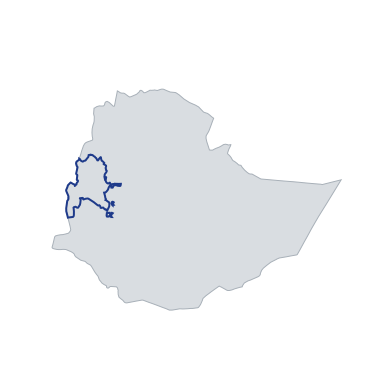 where Benshangul-Gumaz sits in Ethiopia, rotated 348°
{"feature_id": "ETH-3132", "entity_name": "Benshangul-Gumaz", "entity_type": "Administrative State", "adm_level": 1, "iso_a3": "ETH", "parent_name": "Ethiopia", "parent_adm1": "", "projection": "orthographic", "projection_center": [35.827, 10.412], "detail": "fine", "context": "in_parent", "style": "outline", "palette": "blue", "viewbox_px": 384, "rotation_deg": 348, "n_neighbors": 0, "source": "natural_earth", "source_scale": "10m", "svg_char_len": 8128}
<svg xmlns="http://www.w3.org/2000/svg" viewBox="0 0 384 384"><g transform="rotate(348 192 192)"><path d="M88.8,266.0L88.4,265.6L86.7,264.2L85.0,262.4L84.0,260.3L83.1,258.6L82.6,254.9L81.4,252.6L80.2,249.8L78.4,244.4L77.6,242.5L76.2,241.3L74.7,240.1L73.1,237.7L69.0,235.6L67.5,234.0L64.7,231.1L64.1,229.7L63.9,228.2L63.0,226.9L61.5,225.4L56.8,222.1L55.5,221.7L53.9,221.3L51.4,221.0L48.1,220.2L45.2,218.9L43.9,218.0L43.6,217.4L43.9,216.4L44.9,214.6L46.9,210.4L48.3,207.4L49.3,206.6L51.8,206.4L54.5,206.5L56.5,206.8L59.3,206.8L62.6,206.6L64.0,205.6L65.0,204.6L65.5,203.8L65.6,201.9L65.6,200.4L65.4,194.6L65.3,191.0L65.2,186.9L65.2,186.1L65.3,185.1L66.1,180.7L66.9,178.2L67.4,176.9L69.5,172.8L69.9,171.5L70.0,170.2L69.2,164.7L70.6,162.0L72.4,159.5L73.9,158.4L75.1,157.6L75.7,157.9L77.2,159.1L79.1,160.3L80.0,160.1L81.3,159.0L82.2,157.9L82.1,156.0L83.0,152.0L82.8,149.6L83.8,146.8L84.8,142.7L85.3,140.2L85.9,138.8L88.6,136.0L91.0,132.0L92.5,129.1L95.4,124.3L96.9,122.6L98.1,121.8L99.8,121.3L103.1,120.9L105.5,120.5L105.8,119.9L106.0,118.9L106.0,116.8L106.5,113.1L107.5,109.5L108.7,106.8L109.3,105.6L110.1,104.4L111.0,102.4L112.1,98.0L112.0,95.1L113.6,89.7L113.9,89.7L116.6,88.7L119.2,88.5L121.7,89.2L123.3,89.4L124.1,89.0L124.8,88.1L125.4,86.7L126.4,85.9L127.8,85.7L129.7,87.3L132.8,91.7L133.5,91.9L134.0,91.8L135.5,88.3L136.6,85.6L138.8,80.5L140.0,77.6L141.1,78.5L142.3,79.9L143.6,80.6L145.0,81.0L145.7,81.1L146.6,81.7L149.7,85.2L150.7,86.1L152.1,86.1L158.1,84.9L161.7,82.8L162.2,81.9L163.2,81.9L164.4,82.9L164.9,83.7L165.6,84.9L167.0,85.1L170.5,84.2L172.1,83.7L173.5,84.1L175.4,84.4L176.5,84.4L179.2,85.5L182.5,85.1L184.0,85.1L185.6,85.6L188.2,87.5L191.5,89.7L196.3,91.2L197.3,91.9L199.7,94.4L203.4,99.3L208.2,104.0L213.4,107.7L216.2,110.2L218.1,113.3L219.9,116.2L221.8,117.4L223.6,118.4L225.4,120.5L226.7,122.3L228.5,124.4L226.6,127.3L224.2,131.2L221.3,135.7L220.4,136.8L217.8,139.6L217.4,140.3L216.9,142.3L216.9,145.8L217.4,150.4L217.8,154.5L219.2,155.0L220.9,155.3L222.8,154.7L225.0,154.2L227.8,153.8L230.8,152.9L232.6,152.2L234.6,152.2L236.3,152.9L237.1,153.5L238.3,153.7L239.8,153.7L239.5,154.5L238.7,155.6L237.7,156.8L236.8,158.0L234.8,161.4L234.8,161.8L235.1,162.5L236.2,164.0L237.4,166.4L238.1,168.7L238.6,169.8L240.0,171.0L242.1,173.5L243.2,175.2L245.4,176.1L246.2,178.3L248.0,181.5L249.8,184.0L251.6,186.0L253.5,186.8L254.3,186.8L258.5,190.5L261.6,193.2L262.4,193.7L268.0,195.4L274.5,197.4L279.7,199.0L286.3,201.0L292.8,202.9L298.9,204.8L307.4,207.5L314.3,209.6L319.7,211.2L320.9,211.8L340.4,211.1L335.8,216.0L330.5,221.6L324.9,227.5L321.3,231.3L315.5,237.3L310.7,242.3L305.8,247.7L301.3,252.7L295.5,259.5L291.7,263.8L285.8,270.7L282.0,275.0L281.4,275.3L276.0,275.1L270.7,275.0L263.9,274.7L263.1,274.8L261.2,275.2L260.0,275.6L255.1,276.9L254.2,277.2L250.2,279.1L246.0,281.3L243.9,283.0L242.2,285.4L241.5,287.1L240.7,287.9L239.4,288.5L230.8,290.3L228.2,290.6L224.2,291.9L222.0,294.1L221.4,295.2L218.5,295.2L213.4,295.6L211.2,296.0L210.1,296.1L208.1,296.1L206.5,295.8L205.5,295.2L204.1,293.9L201.1,291.3L199.0,289.7L194.3,291.7L190.0,293.6L184.0,296.4L180.6,298.4L179.5,300.3L176.9,303.9L174.5,306.1L173.6,306.4L168.2,306.0L166.3,305.6L163.0,305.2L158.7,304.5L155.8,303.7L152.7,303.6L148.1,303.4L145.3,302.8L142.5,300.8L138.8,298.5L135.1,296.1L131.2,293.6L126.6,290.8L121.6,287.6L120.5,287.3L120.0,287.3L114.5,287.1L108.9,287.0L105.1,286.9L103.9,286.5L103.0,285.8L101.8,283.5L100.3,281.8L98.7,279.7L98.5,276.9L99.0,273.8L99.4,272.7L99.2,271.7L99.2,270.3L98.3,269.0L92.8,267.5L91.9,267.6L91.0,268.2L89.9,268.6L89.1,268.2L88.7,267.6L88.7,266.7L88.8,266.0Z" fill="#d9dde1" stroke="#a8b0b8" stroke-width="1"/><path d="M80.2,160.7L80.4,160.7L80.7,160.3L80.8,160.0L80.8,159.7L81.2,159.1L82.3,158.3L82.6,157.9L82.8,157.2L82.7,156.9L82.1,156.4L81.9,156.2L81.9,155.9L83.2,152.1L83.3,151.5L83.1,151.1L82.7,150.7L82.5,150.1L82.6,149.7L85.1,144.2L85.2,143.8L85.1,143.4L84.7,142.6L84.6,142.2L84.6,141.3L84.5,140.6L84.5,140.2L84.6,139.7L84.8,139.2L85.1,138.7L85.4,138.3L86.2,137.9L86.6,137.7L87.9,137.2L88.5,136.5L88.5,136.3L88.6,135.9L89.1,136.4L89.8,138.2L90.4,138.8L90.9,139.2L91.3,139.5L91.8,139.5L92.9,139.1L93.4,139.0L94.0,139.1L94.4,139.0L94.8,138.7L95.3,138.2L97.8,136.2L98.1,135.7L98.6,134.4L99.6,134.4L100.2,134.4L100.4,134.4L100.4,134.6L100.6,134.8L101.1,134.9L101.7,134.9L102.0,135.0L102.6,135.4L102.7,135.6L103.0,136.1L103.2,136.4L104.1,137.1L104.8,138.4L105.3,138.9L105.5,139.4L105.7,140.4L106.0,141.3L106.4,141.5L106.8,141.5L107.1,141.2L107.9,140.3L108.7,139.7L109.5,139.1L109.9,139.0L110.1,139.2L110.0,140.5L110.1,142.3L110.3,142.7L111.0,143.4L112.1,145.1L112.2,145.3L111.9,145.6L111.5,146.0L111.4,146.4L111.8,146.8L112.2,147.0L113.4,148.3L113.3,149.1L113.0,149.7L112.7,150.1L112.5,150.6L112.5,151.0L112.6,151.4L112.7,151.8L112.5,152.1L112.4,152.4L113.0,153.7L112.5,154.5L112.0,155.1L111.0,155.9L110.7,156.2L110.3,156.7L110.1,157.1L110.0,157.4L110.0,157.7L109.5,158.8L109.5,159.4L109.5,160.0L109.5,160.3L109.8,159.9L110.1,159.6L110.4,159.5L110.9,159.5L111.1,159.8L109.9,162.8L110.0,163.9L110.3,164.8L110.7,165.4L111.1,165.9L111.6,166.2L112.1,166.3L113.1,165.8L113.3,165.8L113.5,165.8L113.7,166.1L113.7,166.5L113.7,166.8L113.7,167.2L114.0,167.6L114.4,167.7L115.3,167.7L117.5,167.9L118.2,167.8L118.4,167.8L118.5,167.9L118.6,168.0L118.9,168.2L119.1,168.3L120.0,168.3L120.4,168.4L121.3,168.7L124.1,169.2L123.9,169.9L123.7,170.3L123.5,170.7L123.3,171.0L123.1,171.1L122.7,171.1L120.6,170.5L120.2,170.1L119.1,169.7L118.3,169.2L117.9,169.1L116.2,170.0L115.9,170.2L115.5,171.1L115.1,171.2L114.7,171.1L114.4,171.0L114.0,170.9L114.0,170.5L114.7,168.6L113.3,168.6L112.9,168.8L112.6,169.1L111.8,169.9L111.5,170.2L110.5,171.9L109.8,172.7L108.1,174.0L107.3,174.4L106.9,174.6L106.5,174.6L106.2,174.3L105.9,174.3L106.1,177.9L106.0,179.8L106.1,180.2L106.3,180.7L106.3,181.1L106.1,181.4L105.8,181.7L105.7,181.8L106.4,182.3L107.7,183.9L108.0,184.1L108.6,184.7L108.8,185.8L108.5,187.3L108.0,188.9L105.1,192.7L104.6,192.5L104.3,191.3L104.0,190.9L103.4,191.0L103.2,190.9L103.0,190.7L102.2,189.4L102.1,189.0L101.9,188.8L101.7,188.7L101.3,188.7L100.6,188.7L100.0,188.7L99.7,188.7L99.3,188.3L99.3,187.2L99.3,186.9L98.9,186.1L98.6,185.7L98.3,185.7L97.5,185.8L96.5,184.8L93.8,181.5L89.8,177.5L89.1,176.9L88.7,176.7L88.3,176.6L87.9,176.6L87.0,176.5L86.3,176.5L84.8,176.7L84.3,176.7L84.0,176.3L84.0,175.8L84.0,175.3L83.9,175.1L83.6,175.0L81.1,174.8L81.0,175.0L81.2,175.5L81.4,175.8L81.6,176.1L80.4,179.7L79.7,181.2L77.4,183.6L76.8,183.6L76.3,183.4L75.4,182.5L74.9,182.2L74.6,182.2L73.8,182.3L73.4,182.3L72.9,182.6L72.5,186.3L71.7,189.8L71.5,190.3L71.4,190.6L71.2,191.0L70.9,191.3L70.5,191.6L69.9,191.6L66.2,191.3L65.3,191.3L65.1,186.3L65.0,184.7L65.6,181.7L68.1,174.8L69.3,173.7L69.8,173.0L69.8,172.8L69.7,172.3L69.7,172.1L69.8,172.0L70.0,171.8L70.0,171.7L70.2,170.8L70.2,169.9L69.3,165.5L69.2,164.6L69.3,163.9L71.0,161.5L71.8,160.0L72.1,159.6L72.5,159.3L74.9,157.7L75.2,157.5L75.4,157.6L77.8,159.8L78.4,160.1L78.7,160.4L78.8,160.7L78.7,161.3L78.7,161.6L78.9,161.6L79.1,161.5L79.4,160.9L79.6,160.7L79.9,160.6L80.2,160.7ZM104.7,194.8L105.5,195.0L105.9,195.1L106.1,195.0L106.3,195.0L106.6,195.1L106.9,195.2L107.0,195.2L107.0,195.3L106.9,195.5L107.0,195.9L107.2,196.2L107.5,196.3L108.0,196.2L107.8,196.6L107.7,197.2L107.7,197.8L107.7,198.2L108.0,198.3L108.2,198.6L108.2,198.9L107.9,199.0L108.1,199.4L108.2,199.6L108.3,199.8L107.9,199.7L107.7,199.7L107.5,199.4L107.5,199.2L107.5,198.9L107.3,198.6L106.8,198.3L106.6,198.0L106.1,198.5L105.8,198.7L105.4,198.7L105.2,198.4L104.8,198.4L104.7,198.4L104.3,198.4L104.2,198.5L103.8,198.4L103.6,198.2L103.6,197.9L103.7,197.6L103.6,197.1L103.6,196.9L103.7,196.6L104.0,196.2L104.2,195.7L104.2,195.4L104.2,195.0L104.4,194.8L104.7,194.8ZM112.2,185.0L112.5,185.1L113.2,185.6L113.3,185.7L113.3,186.0L113.1,186.1L112.3,186.5L112.1,186.9L112.2,187.3L112.6,188.2L112.0,188.1L111.7,188.2L111.6,188.7L111.3,188.3L110.9,186.7L111.1,185.9L111.2,185.6L111.4,185.3L111.8,185.1L112.2,185.0ZM109.2,195.6L109.4,195.7L109.8,196.1L110.1,196.3L109.9,196.5L109.7,196.6L109.3,196.8L108.9,196.9L108.7,196.8L108.6,196.7L108.3,196.5L108.2,196.4L108.2,196.1L108.3,196.0L109.2,195.6Z" fill="none" stroke="#1e3a8a" stroke-width="2"/></g></svg>